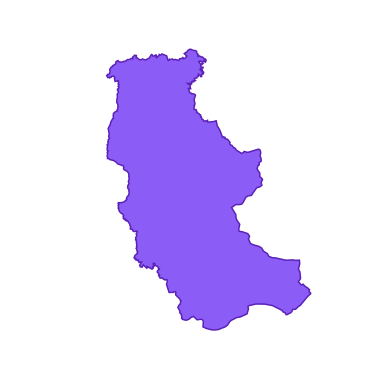 the district of Prachantakham, Prachin Buri, Thailand, rotated 157°
{"feature_id": "78962969B79436242048830", "entity_name": "Prachantakham", "entity_type": "district", "adm_level": 2, "iso_a3": "THA", "parent_name": "Thailand", "parent_adm1": "Prachin Buri", "projection": "albers", "projection_center": [101.555, 14.221], "detail": "fine", "context": "isolated", "style": "filled", "palette": "violet", "viewbox_px": 384, "rotation_deg": 157, "n_neighbors": 0, "source": "geoboundaries", "source_scale": "gbopen_adm2", "svg_char_len": 6097}
<svg xmlns="http://www.w3.org/2000/svg" viewBox="0 0 384 384"><g transform="rotate(157 192 192)"><path d="M256.7,255.9L255.8,255.4L254.8,253.8L251.8,251.6L250.2,249.3L249.5,247.0L245.2,243.1L245.0,241.9L246.0,240.0L245.7,238.8L243.5,236.2L243.0,233.5L244.4,230.2L244.4,229.0L246.5,226.5L246.7,224.3L248.6,222.9L249.6,221.1L249.4,219.6L248.8,218.8L249.7,217.8L250.2,215.8L251.8,213.5L253.0,213.4L255.0,211.5L254.9,210.6L258.8,209.4L262.2,210.1L263.9,211.0L264.6,210.2L264.1,209.0L265.3,208.4L265.5,206.7L266.2,206.1L265.8,205.6L266.2,204.9L266.4,202.3L265.6,200.2L264.5,199.0L264.3,197.6L264.3,196.8L264.9,196.5L265.5,194.3L265.2,193.7L264.2,193.5L264.6,192.9L264.4,191.8L263.1,191.6L263.2,190.6L262.5,190.4L261.9,186.6L262.3,185.1L261.9,184.4L263.2,182.0L261.4,180.8L261.6,179.2L260.7,178.2L257.8,177.3L258.2,176.4L259.7,175.3L259.9,173.3L261.8,171.9L262.1,170.3L262.6,170.0L262.2,169.4L263.9,163.8L264.5,163.4L264.5,162.5L265.4,161.9L265.4,159.7L265.7,159.3L265.4,158.4L266.4,157.2L266.3,156.8L269.2,155.9L270.9,154.2L270.4,153.9L270.8,152.9L269.6,152.3L270.2,151.3L268.2,150.4L268.8,149.9L268.1,149.0L268.3,147.9L265.8,147.3L268.8,145.0L268.8,143.3L267.3,142.3L265.3,143.9L263.4,139.5L262.6,139.9L262.8,140.8L262.3,140.9L258.9,136.6L257.3,137.2L257.3,138.6L256.2,138.3L255.6,138.8L256.0,140.2L255.5,141.4L254.1,140.6L254.6,138.8L252.6,136.6L252.8,134.5L252.1,134.4L252.0,133.8L254.5,133.0L255.3,132.0L254.2,128.6L254.3,128.2L255.3,128.3L255.0,125.2L253.0,124.5L252.1,122.5L251.0,121.5L249.5,121.3L249.2,120.8L250.1,118.6L251.6,116.9L252.3,108.5L248.5,106.9L247.6,107.3L246.3,106.7L246.0,105.9L246.7,105.3L247.2,103.5L245.0,98.2L245.1,96.6L244.6,96.3L246.8,93.4L248.5,92.8L250.1,91.3L249.7,87.4L250.4,85.4L249.9,84.7L249.8,83.4L250.1,81.3L250.9,79.8L250.5,78.5L248.0,76.5L246.8,76.1L244.4,76.1L241.5,77.0L239.1,76.7L237.3,72.4L234.0,71.5L232.9,71.0L232.1,69.9L232.2,68.3L234.6,63.5L232.2,60.9L228.0,57.6L225.2,56.2L221.6,55.1L214.2,54.9L211.3,55.6L207.8,58.0L206.0,58.5L199.7,59.0L196.5,58.1L189.0,58.3L185.7,62.3L185.2,64.9L183.8,65.1L176.9,63.9L168.7,60.3L162.3,56.0L155.4,47.9L155.0,46.1L153.5,44.4L153.3,42.4L152.6,42.0L148.3,42.3L146.8,42.9L145.1,44.6L142.5,43.6L138.6,45.1L136.5,45.4L126.5,50.6L122.5,52.0L122.3,52.9L123.2,54.4L122.0,56.1L122.9,58.2L125.1,61.6L125.7,63.7L127.1,63.6L127.8,64.0L129.0,67.6L128.7,68.2L126.5,69.4L125.7,70.4L123.9,76.2L124.2,79.3L120.8,84.0L119.8,87.3L123.4,88.6L125.7,90.1L132.2,92.5L140.7,98.6L143.8,100.2L146.4,102.7L146.7,105.8L149.3,109.6L149.7,112.8L150.2,114.0L152.2,116.3L156.4,119.6L158.3,121.8L158.4,126.6L156.3,128.8L156.9,131.9L161.2,135.7L163.9,137.4L163.6,139.4L160.7,143.6L161.7,148.4L161.6,150.9L160.5,154.2L161.6,162.2L156.7,163.4L153.7,162.0L151.1,161.4L148.9,162.5L144.2,166.3L141.8,166.4L138.7,165.7L131.5,170.2L130.0,170.6L127.6,170.2L125.0,170.9L124.7,173.7L122.3,175.8L122.3,177.0L123.5,179.5L122.2,183.1L123.0,186.7L122.9,188.1L120.9,190.5L119.5,190.7L118.7,192.9L116.9,193.1L116.0,193.7L115.3,196.3L115.1,199.3L113.9,200.3L113.1,202.3L113.1,204.6L114.2,205.5L124.5,206.6L125.5,206.9L128.2,209.0L129.2,208.3L131.2,208.1L134.2,212.3L134.8,213.2L135.1,215.3L136.4,216.8L137.0,219.3L138.3,220.5L138.4,221.9L137.6,222.8L138.6,226.5L140.7,228.2L140.3,229.3L141.0,229.4L141.2,230.4L142.2,230.3L142.5,230.7L142.2,238.1L142.9,243.2L141.9,248.1L145.2,248.5L150.1,250.1L149.7,251.9L151.9,251.8L152.1,252.3L153.6,252.8L153.5,254.4L154.5,255.1L154.0,257.4L154.7,257.8L154.0,259.7L154.7,260.1L154.8,261.0L156.6,263.6L156.1,264.1L156.1,266.4L157.0,266.6L157.8,267.5L157.3,268.7L156.1,270.1L156.3,271.0L155.3,271.3L154.8,272.0L154.0,276.2L151.0,279.7L151.4,281.0L153.7,282.6L155.2,284.5L154.9,288.6L154.0,288.5L153.4,287.6L152.8,287.6L152.8,289.5L151.4,291.3L152.0,292.1L153.2,292.6L153.7,293.7L152.6,293.0L150.7,292.8L150.1,291.8L149.1,293.6L147.9,292.8L147.4,292.9L147.3,293.8L146.7,293.2L145.3,293.2L145.8,294.5L145.7,295.1L144.8,295.7L143.2,295.0L142.3,295.8L140.8,296.0L140.8,296.9L140.0,298.0L138.9,296.2L138.8,294.7L138.0,294.5L137.3,296.5L135.5,296.3L134.6,297.5L135.7,298.0L135.9,298.8L134.8,298.6L134.9,300.7L136.4,300.5L136.8,301.2L136.5,302.0L133.2,302.0L133.1,302.6L135.0,303.5L134.6,305.1L131.7,305.9L132.1,306.4L133.9,306.0L134.9,308.9L134.7,309.5L132.9,309.1L132.0,307.6L131.2,307.3L129.4,308.5L129.4,307.0L129.0,306.3L127.7,307.3L127.6,309.0L128.7,310.1L129.8,312.4L130.7,312.6L131.8,314.2L132.7,314.3L132.6,315.1L133.5,315.0L132.7,316.5L133.3,318.2L132.8,319.5L133.2,320.5L135.9,322.2L137.3,323.9L138.2,323.9L138.5,324.3L140.9,323.8L142.4,322.6L143.3,322.9L145.1,322.4L143.6,319.1L146.2,317.9L147.5,317.8L147.8,319.3L148.9,318.9L151.4,319.5L152.7,318.2L155.6,320.6L157.3,320.8L158.0,322.1L160.6,322.5L160.9,323.0L161.8,322.2L162.7,322.6L162.1,327.2L165.7,330.8L167.4,330.2L168.4,331.4L169.4,330.3L172.2,329.5L172.3,330.5L171.3,331.4L171.4,332.0L172.1,332.4L174.0,332.0L174.9,332.4L175.1,334.1L175.6,334.4L179.1,332.0L183.3,331.7L185.6,333.8L186.4,333.6L188.7,334.2L190.1,337.1L190.8,337.5L189.9,339.4L191.3,340.3L193.7,339.5L194.4,337.8L195.7,338.8L197.6,338.3L199.5,339.1L202.7,338.4L204.1,339.1L205.2,338.8L206.3,339.2L208.0,340.2L208.7,341.1L208.7,341.9L209.1,342.0L211.1,341.6L212.1,339.8L215.8,339.2L216.1,338.6L217.4,338.6L219.8,337.1L220.4,334.7L222.0,333.1L222.5,332.8L224.0,333.2L224.4,332.4L225.1,332.3L224.7,330.1L223.3,329.9L223.3,329.3L221.1,329.3L220.8,329.9L218.8,329.3L218.3,327.4L219.0,327.0L219.6,323.8L216.5,323.2L217.1,322.7L216.7,321.7L217.7,320.3L217.4,319.5L217.8,319.5L218.2,318.1L218.7,317.9L218.3,317.3L219.5,315.7L220.2,315.9L220.9,314.8L220.5,314.0L220.6,312.8L222.7,311.2L223.6,308.4L224.9,306.7L226.3,303.7L226.0,302.3L226.4,300.5L227.8,297.7L229.2,296.4L229.0,295.9L232.5,295.6L234.0,294.5L235.7,290.5L236.3,290.5L238.9,288.6L240.8,286.4L241.0,285.6L241.7,285.5L244.3,283.3L245.7,277.1L246.3,276.9L247.1,275.4L246.9,273.6L248.6,273.0L249.3,271.3L249.8,271.2L250.2,269.5L251.6,268.6L251.3,268.2L251.8,268.0L252.0,266.6L252.9,265.7L252.8,265.3L253.7,263.8L253.7,262.9L253.2,262.4L254.7,261.3L254.7,260.3L256.2,258.0L256.0,256.8L256.7,255.9Z" fill="#8b5cf6" stroke="#5b21b6" stroke-width="1.5"/></g></svg>